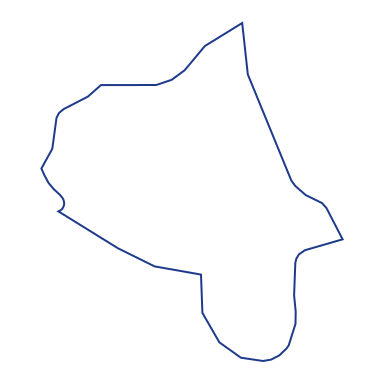 outline of Tower Hamlets
{"feature_id": "GBR-2077", "entity_name": "Tower Hamlets", "entity_type": "London Borough", "adm_level": 1, "iso_a3": "GBR", "parent_name": "United Kingdom", "parent_adm1": "", "projection": "orthographic", "projection_center": [-0.03, 51.512], "detail": "fine", "context": "isolated", "style": "outline", "palette": "blue", "viewbox_px": 384, "rotation_deg": 0, "n_neighbors": 0, "source": "natural_earth", "source_scale": "10m", "svg_char_len": 700}
<svg xmlns="http://www.w3.org/2000/svg" viewBox="0 0 384 384"><path d="M58.4,211.4L60.0,210.6L62.0,209.2L63.2,207.3L64.0,205.1L64.2,202.9L63.5,199.9L62.5,198.0L60.4,195.3L53.6,189.0L48.6,183.0L44.6,175.7L41.4,168.5L52.3,148.8L56.5,117.9L59.0,113.0L63.6,109.1L87.9,96.6L100.9,85.1L156.2,85.0L171.7,79.8L184.6,70.3L204.9,46.0L242.2,23.0L247.8,74.4L291.3,180.5L295.3,186.0L305.6,195.0L322.2,203.2L326.5,208.1L342.6,239.3L305.0,250.2L299.0,254.3L296.3,258.7L295.3,263.1L294.1,295.3L295.7,311.7L295.5,323.8L288.7,345.4L286.8,348.2L279.2,355.5L271.1,359.6L263.0,361.0L240.9,357.7L219.4,342.4L202.4,312.9L201.0,274.6L154.6,266.4L118.0,248.3L58.4,211.4Z" fill="none" stroke="#1e3a8a" stroke-width="2"/></svg>